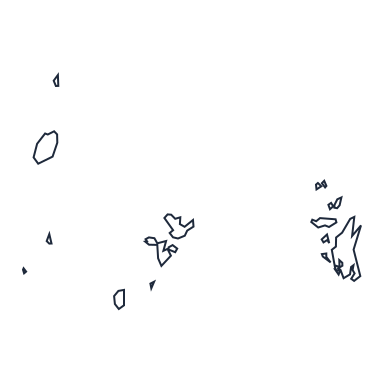 the district of Kota Tual, Indonesia
{"feature_id": "22746128B79752231805890", "entity_name": "Kota Tual", "entity_type": "district", "adm_level": 2, "iso_a3": "IDN", "parent_name": "Indonesia", "parent_adm1": "", "projection": "mercator", "projection_center": [132.406, -5.449], "detail": "medium", "context": "isolated", "style": "outline", "palette": "slate", "viewbox_px": 384, "rotation_deg": 0, "n_neighbors": 0, "source": "geoboundaries", "source_scale": "gbopen_adm2", "svg_char_len": 1890}
<svg xmlns="http://www.w3.org/2000/svg" viewBox="0 0 384 384"><path d="M352.1,236.0L354.3,216.9L350.2,218.9L342.1,232.7L336.1,237.5L335.9,246.6L331.8,249.8L335.3,269.1L335.2,265.5L339.5,266.9L339.3,260.1L342.3,262.8L342.4,265.7L338.2,268.3L340.5,269.9L343.6,278.2L350.0,274.4L351.1,267.0L353.5,265.2L352.6,270.0L354.6,273.4L351.2,278.8L354.1,280.9L360.3,276.1L353.6,249.6L361.0,225.4L352.1,236.0ZM57.1,134.4L54.1,131.3L47.8,134.5L45.1,133.5L37.1,143.8L33.6,157.4L38.2,163.7L52.6,156.6L57.3,142.7L57.1,134.4ZM171.2,214.7L167.6,214.4L164.4,218.0L173.1,230.2L169.7,233.0L173.0,237.3L178.0,238.5L184.8,235.7L187.2,230.6L193.5,226.6L193.0,220.0L184.6,226.8L179.9,224.1L180.3,217.3L175.2,218.8L171.2,214.7ZM148.9,237.4L145.6,239.2L147.0,241.3L145.2,241.6L149.0,244.7L157.3,244.9L158.1,258.3L161.4,265.9L170.9,255.7L167.5,248.9L163.4,250.8L166.1,241.0L157.3,243.3L154.4,238.2L148.9,237.4ZM335.6,219.3L320.0,218.1L316.2,221.2L312.3,219.7L311.3,222.0L318.2,227.5L325.0,225.4L329.0,227.0L336.4,222.4L335.6,219.3ZM124.0,289.9L118.4,290.9L114.1,296.1L114.9,304.0L118.8,309.0L124.0,305.3L124.0,289.9ZM337.1,208.2L339.6,205.3L341.4,197.4L337.3,199.3L334.5,204.9L334.4,207.7L337.1,208.2ZM58.3,85.9L57.9,75.0L53.7,80.7L55.9,86.0L58.3,85.9ZM172.6,245.1L168.7,247.3L168.5,249.5L175.2,252.2L177.2,248.6L172.6,245.1ZM329.2,243.1L327.0,234.5L321.7,239.4L323.5,242.4L327.3,240.0L329.2,243.1ZM51.5,243.5L49.3,234.1L46.7,241.1L49.3,243.6L51.5,243.5ZM326.3,253.5L321.9,254.1L322.8,256.5L330.6,262.4L326.3,256.9L326.3,253.5ZM330.0,209.2L333.2,206.3L331.1,202.9L328.4,204.8L330.0,209.2ZM317.9,183.0L316.0,184.6L316.5,189.4L321.3,186.3L317.9,183.0ZM324.2,180.8L321.9,183.2L325.1,187.4L326.4,185.9L324.2,180.8ZM154.1,281.7L150.4,283.6L151.3,288.3L154.1,281.7ZM340.0,270.9L335.3,269.8L338.6,274.5L340.0,270.9ZM26.1,271.6L23.6,268.3L23.0,269.7L24.1,273.3L26.1,271.6Z" fill="none" stroke="#1e293b" stroke-width="2"/></svg>